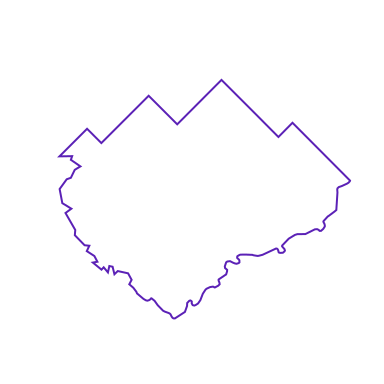 outline of Tillman, Oklahoma, United States of America, rotated 315°
{"feature_id": "52423323B26295572620292", "entity_name": "Tillman", "entity_type": "district", "adm_level": 2, "iso_a3": "USA", "parent_name": "United States of America", "parent_adm1": "Oklahoma", "projection": "mercator", "projection_center": [-98.992, 34.381], "detail": "fine", "context": "isolated", "style": "outline", "palette": "violet", "viewbox_px": 384, "rotation_deg": 315, "n_neighbors": 0, "source": "geoboundaries", "source_scale": "gbopen_adm2", "svg_char_len": 2032}
<svg xmlns="http://www.w3.org/2000/svg" viewBox="0 0 384 384"><g transform="rotate(315 192 192)"><path d="M229.4,93.3L162.5,93.3L162.5,73.1L123.5,73.1L132.6,81.9L129.1,83.6L131.2,95.0L124.8,93.4L116.4,96.3L112.4,94.4L100.5,96.3L92.4,108.2L94.9,118.5L87.7,117.4L82.6,136.3L78.6,139.7L78.4,153.7L81.4,157.4L75.8,159.4L77.7,168.2L75.8,174.4L72.0,171.8L73.1,182.9L76.3,182.8L75.7,189.4L81.2,185.9L83.0,188.7L79.0,195.3L83.6,195.4L89.3,204.3L87.2,211.4L82.4,212.9L82.8,218.2L82.1,223.2L81.4,224.8L82.1,233.3L82.8,236.0L83.6,237.3L85.1,238.1L86.4,238.4L87.9,238.3L88.2,238.6L88.6,242.5L87.7,247.8L87.6,255.5L88.2,257.4L89.9,261.0L90.3,262.2L90.3,263.4L89.5,265.7L89.3,267.2L89.5,268.2L90.5,269.3L102.2,271.8L107.9,269.1L110.1,267.1L113.0,267.0L113.8,267.3L114.2,267.6L114.5,268.8L114.2,269.6L113.2,270.3L112.7,271.6L112.5,272.5L113.3,273.9L114.6,274.5L117.4,275.1L121.4,274.4L127.7,271.6L132.5,270.6L133.9,270.7L137.5,272.0L139.9,273.7L140.3,274.6L140.4,275.3L140.7,275.7L144.3,276.8L146.3,276.8L147.3,275.5L148.0,273.8L148.6,272.9L149.1,272.7L157.9,274.4L160.7,272.9L161.8,271.9L161.6,269.2L162.6,267.8L166.4,265.9L167.8,266.1L170.0,267.8L171.1,271.2L171.9,273.0L172.8,274.3L174.8,275.3L175.8,275.3L177.2,273.8L177.4,273.0L177.3,270.7L177.9,269.9L178.8,269.5L181.1,270.1L181.9,270.5L185.7,274.2L190.4,279.3L190.6,280.0L192.3,282.4L193.2,283.6L194.1,284.3L197.5,286.3L211.5,291.4L212.0,292.1L212.1,293.0L211.7,294.2L210.7,295.8L210.7,296.4L211.3,297.4L213.3,299.2L215.4,299.4L216.3,299.1L217.0,297.8L217.2,294.6L217.4,293.9L218.1,293.6L227.4,293.4L234.4,295.1L236.7,296.3L242.4,301.9L252.5,305.3L253.9,306.5L254.4,307.1L254.8,308.8L254.7,309.7L255.7,310.7L258.7,310.9L261.5,310.3L262.4,309.4L263.3,307.8L263.5,306.7L264.0,305.8L264.4,305.6L270.8,305.3L271.4,305.5L278.9,306.6L281.3,306.8L294.5,295.2L296.4,293.0L297.4,292.3L299.2,292.3L302.1,293.7L307.5,295.7L309.3,296.1L311.2,296.0L311.8,295.7L312.0,214.1L292.0,214.2L292.1,180.7L292.1,133.6L283.1,133.6L229.4,133.7L229.4,93.3Z" fill="none" stroke="#5b21b6" stroke-width="2"/></g></svg>